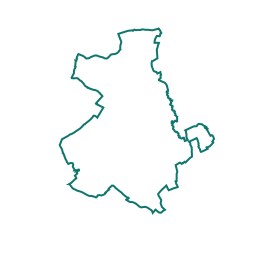 outline of Ciortesti, Iasi, Romania, rotated 158°
{"feature_id": "2599482B12442358854249", "entity_name": "Ciortesti", "entity_type": "district", "adm_level": 2, "iso_a3": "ROU", "parent_name": "Romania", "parent_adm1": "Iasi", "projection": "natural_earth1", "projection_center": [27.848, 46.913], "detail": "fine", "context": "isolated", "style": "outline", "palette": "teal", "viewbox_px": 256, "rotation_deg": 158, "n_neighbors": 0, "source": "geoboundaries", "source_scale": "gbopen_adm2", "svg_char_len": 5720}
<svg xmlns="http://www.w3.org/2000/svg" viewBox="0 0 256 256"><g transform="rotate(158 128 128)"><path d="M151.4,210.3L151.4,209.8L153.1,206.3L153.5,205.6L154.0,205.2L153.9,204.8L154.0,204.6L153.7,204.2L154.6,203.2L155.1,203.1L155.9,202.4L156.1,201.8L156.9,201.0L157.0,200.3L157.6,199.1L161.5,195.7L161.3,195.1L160.8,195.0L159.9,194.4L156.6,193.4L155.6,192.1L154.7,190.1L153.4,188.5L153.3,188.2L153.2,187.3L152.7,186.4L152.1,183.5L151.7,182.6L150.8,181.5L150.6,180.8L150.3,180.8L150.2,180.4L149.9,180.4L149.7,180.2L149.4,179.9L149.4,179.6L149.0,179.3L148.4,178.5L147.7,178.2L146.6,177.0L143.9,175.2L142.2,173.4L141.5,171.6L141.0,170.8L140.8,169.6L140.1,168.4L139.8,167.1L148.3,162.9L147.5,161.9L147.6,161.7L148.0,161.6L143.2,156.2L152.6,149.1L153.2,150.5L154.1,151.7L155.4,152.3L157.0,151.2L160.5,149.6L166.0,148.0L166.7,147.6L167.0,147.8L168.1,147.5L169.1,146.9L172.5,145.5L180.6,143.8L182.5,143.6L184.2,143.7L186.7,143.1L193.5,142.3L193.8,141.8L195.4,140.3L195.6,139.8L197.5,138.1L197.7,137.7L197.6,136.1L197.2,133.1L197.6,129.8L197.5,129.7L197.5,128.8L197.7,128.7L197.5,128.4L197.3,126.5L197.5,126.2L197.4,125.6L197.6,125.2L197.5,124.9L197.6,122.6L197.4,121.8L197.3,120.1L197.3,119.7L197.4,119.2L197.1,118.6L196.8,117.0L194.4,117.1L192.5,116.1L192.5,114.5L193.2,113.4L193.7,112.9L193.2,109.3L193.3,109.2L192.9,109.2L192.4,108.7L192.2,108.1L192.4,107.9L190.8,108.1L189.4,108.0L189.1,107.8L189.3,107.0L189.6,106.8L190.0,106.8L190.5,107.1L192.2,106.6L192.3,106.4L192.1,105.8L192.0,104.9L195.1,103.7L194.6,101.3L194.8,100.7L196.5,100.3L201.1,98.4L203.8,98.0L203.1,97.6L202.7,95.5L201.9,92.9L201.6,92.3L200.0,90.7L198.9,89.3L194.9,86.0L190.3,80.4L189.2,79.5L186.5,78.2L185.9,77.5L184.6,76.7L183.9,75.8L183.5,75.6L182.1,76.1L181.6,76.7L181.1,76.9L179.4,76.4L178.0,75.4L175.3,75.3L174.3,75.5L172.9,76.2L173.1,76.6L168.6,78.0L168.9,78.7L167.5,79.5L164.3,80.6L163.7,80.1L163.3,80.0L162.7,79.1L161.7,76.5L158.8,71.5L158.2,70.6L157.9,69.5L156.4,66.5L154.4,63.3L154.0,63.4L153.6,62.7L154.1,62.4L156.5,62.3L156.6,62.2L154.7,59.5L154.2,59.2L153.7,58.5L152.1,57.9L150.7,56.9L148.8,54.6L147.0,51.0L145.6,49.5L142.0,48.6L141.1,48.1L140.2,47.3L139.3,46.3L138.4,44.8L137.1,43.1L136.9,42.4L136.8,41.0L136.9,40.0L133.0,42.0L131.2,38.4L130.0,37.4L129.1,37.1L126.5,38.0L124.4,38.3L126.1,41.9L126.0,45.6L125.8,46.3L124.4,48.3L124.2,48.8L125.0,54.5L124.8,55.5L123.3,56.4L119.9,58.0L114.0,60.3L113.8,56.7L113.5,55.0L109.3,55.0L104.0,54.6L103.9,54.8L104.0,56.8L104.2,57.7L103.9,60.0L103.9,60.8L103.6,60.9L102.8,60.6L100.0,67.4L99.2,68.2L98.6,69.2L97.7,75.7L92.9,76.5L91.6,74.6L90.5,75.1L90.3,74.8L88.2,75.5L87.6,74.5L82.1,76.9L79.4,77.5L78.3,80.4L77.8,82.3L76.9,84.0L76.7,85.1L76.2,86.2L76.5,89.2L76.0,90.3L75.9,90.8L76.5,92.4L68.1,92.9L68.0,90.5L68.3,87.6L68.4,86.9L68.9,86.2L69.0,84.9L69.7,84.4L69.7,84.0L69.6,83.0L69.4,82.6L69.3,81.0L69.5,79.3L69.4,78.6L68.6,78.4L61.9,78.8L62.0,79.9L62.5,80.6L62.4,80.7L61.4,80.3L58.9,80.4L55.0,82.2L54.3,82.8L54.9,83.8L52.4,85.6L52.2,88.0L52.5,88.9L52.4,89.4L53.1,90.0L54.4,89.9L54.4,90.0L54.9,92.7L55.2,96.0L55.5,96.6L54.4,97.6L55.0,98.6L55.9,98.3L56.4,98.9L56.5,99.2L55.9,99.2L55.7,99.4L55.9,99.8L55.3,100.0L56.9,101.9L57.2,102.1L58.0,103.7L60.8,105.3L62.3,105.0L63.6,104.0L64.2,104.1L66.5,104.9L75.8,104.4L75.4,103.4L76.0,102.0L76.0,101.0L76.2,100.1L77.1,98.1L77.3,96.0L77.1,94.6L80.2,94.7L80.0,95.7L80.2,96.6L79.9,97.2L79.6,97.4L79.8,98.0L80.9,98.4L81.8,98.1L82.5,98.2L83.2,99.3L84.1,99.9L84.1,100.2L83.5,100.5L83.2,101.0L83.9,101.6L84.2,102.2L84.2,102.5L83.5,103.1L83.2,104.1L83.8,104.7L83.7,105.4L83.9,105.7L84.5,106.3L85.0,106.2L85.4,106.8L85.9,107.7L86.0,108.9L86.5,109.9L86.6,110.4L86.4,111.0L85.6,111.5L85.2,112.5L86.1,113.8L85.1,115.0L85.7,115.7L85.8,116.1L85.0,117.7L84.5,117.8L83.9,117.1L83.9,116.9L84.2,116.4L84.0,115.9L83.6,116.0L82.2,116.9L81.5,117.1L81.1,116.8L80.7,115.9L80.0,115.8L79.8,116.5L79.0,117.9L79.0,118.2L78.5,119.6L78.2,120.0L78.7,120.5L79.0,121.8L79.4,122.3L78.7,123.1L79.2,124.6L79.2,125.0L78.4,125.4L78.4,125.7L78.8,126.9L79.3,127.2L79.6,127.1L80.1,127.7L80.3,128.6L80.0,128.8L79.4,129.9L79.5,130.7L78.6,131.1L78.4,131.4L78.5,132.0L79.1,132.4L79.8,133.6L80.1,133.7L80.2,134.0L79.3,134.7L78.6,134.8L78.5,135.0L78.6,135.8L78.3,136.4L77.1,136.5L76.8,136.6L76.6,137.0L77.8,137.8L78.4,137.9L78.5,138.2L78.4,139.1L77.9,139.3L78.4,139.9L79.2,140.3L79.5,141.1L79.4,141.7L78.9,142.1L78.7,142.6L79.0,143.2L79.4,143.6L79.4,144.0L79.1,144.1L78.9,145.1L78.1,145.4L78.8,146.5L78.7,147.0L78.2,147.4L77.3,147.1L76.8,147.7L76.1,152.6L76.2,154.0L76.3,154.1L76.6,155.6L77.1,156.4L81.4,160.7L81.2,161.3L80.8,161.6L80.3,161.6L79.8,161.9L79.0,162.1L78.9,162.5L78.6,162.9L78.5,163.8L78.2,164.5L77.4,164.9L77.3,165.2L77.5,165.7L77.1,167.7L80.4,167.5L80.7,169.4L81.8,170.0L82.7,171.1L82.9,171.7L82.8,176.8L82.6,177.0L81.9,179.1L80.8,181.0L79.9,180.8L74.6,181.6L71.9,190.0L70.8,191.2L69.1,193.5L68.0,194.6L67.9,195.0L67.5,195.4L71.5,197.1L70.4,199.2L69.5,200.3L66.8,202.6L64.3,201.2L63.0,202.6L62.7,203.4L61.5,203.6L61.4,203.8L61.7,204.5L61.7,206.5L62.3,208.6L62.9,208.3L63.3,208.7L68.9,209.5L73.7,212.1L74.5,212.2L77.1,213.8L78.7,214.3L79.4,214.1L81.0,214.8L83.6,215.6L84.3,215.9L85.2,216.8L87.0,216.3L87.2,216.9L91.6,218.1L101.7,218.9L101.9,215.1L101.9,210.8L102.1,210.0L103.8,207.9L104.5,206.8L105.6,204.2L105.6,203.6L107.0,203.1L108.3,202.1L109.6,201.6L111.0,201.4L112.6,201.6L116.1,202.5L120.6,200.5L121.3,200.4L122.6,200.8L123.4,201.2L125.0,203.0L128.5,205.6L129.2,206.5L130.1,207.0L130.3,207.0L130.6,207.3L131.5,207.6L132.8,207.7L135.9,207.7L137.6,207.4L139.0,207.5L139.3,207.7L140.6,208.0L141.0,208.5L141.7,210.3L143.0,212.0L146.3,215.1L146.7,215.0L147.6,213.9L148.8,212.9L149.6,211.8L149.4,211.2L149.8,211.0L150.6,209.8L151.4,210.3Z" fill="none" stroke="#0f766e" stroke-width="2"/></g></svg>